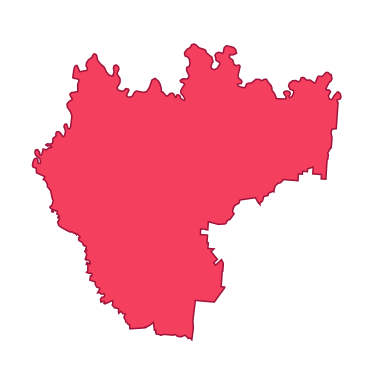 the district of Albury, New South Wales, Australia, rotated 175°
{"feature_id": "25037944B24790092852260", "entity_name": "Albury", "entity_type": "district", "adm_level": 2, "iso_a3": "AUS", "parent_name": "Australia", "parent_adm1": "New South Wales", "projection": "equal_earth", "projection_center": [146.995, -36.015], "detail": "fine", "context": "isolated", "style": "filled", "palette": "rose", "viewbox_px": 384, "rotation_deg": 175, "n_neighbors": 0, "source": "geoboundaries", "source_scale": "gbopen_adm2", "svg_char_len": 6036}
<svg xmlns="http://www.w3.org/2000/svg" viewBox="0 0 384 384"><g transform="rotate(175 192 192)"><path d="M38.7,268.5L39.5,269.1L39.4,271.1L36.2,271.8L35.3,273.5L35.8,277.0L37.6,279.0L38.5,278.9L42.0,275.6L44.5,272.0L46.5,272.2L47.4,273.5L47.7,276.0L45.3,279.6L46.0,281.2L47.4,282.0L49.1,281.8L49.6,283.2L46.1,288.9L43.9,290.4L42.7,292.6L43.1,296.8L43.9,297.0L46.2,299.3L48.1,299.4L52.1,295.7L55.7,296.4L56.9,295.5L59.7,289.9L60.7,290.0L64.6,293.3L68.1,293.4L70.7,296.4L73.3,296.3L74.7,293.4L76.0,292.5L79.2,294.1L82.2,294.0L85.4,292.0L86.6,289.2L85.4,285.9L81.9,284.0L82.1,281.7L83.9,278.7L85.4,277.7L86.7,277.8L86.9,279.0L85.5,281.5L85.9,283.1L87.9,284.3L90.5,284.3L91.8,283.5L92.0,282.4L89.9,278.5L90.7,276.5L99.6,277.6L101.0,282.4L103.6,286.9L103.3,288.7L103.9,291.1L106.3,294.3L108.0,297.8L110.3,298.0L112.4,296.8L115.6,298.4L118.5,298.7L123.4,295.4L126.5,295.5L128.3,294.8L129.6,292.1L130.6,291.3L135.0,292.5L137.0,294.1L137.4,295.1L137.0,295.7L133.8,295.7L132.7,297.0L132.9,298.8L135.4,301.1L136.1,303.8L133.1,313.1L134.0,314.4L137.0,314.0L139.0,315.3L139.9,319.9L143.1,322.7L142.4,325.2L138.9,325.1L135.5,326.3L136.1,330.0L138.0,332.4L144.0,334.5L145.5,334.5L147.5,332.7L148.7,328.2L149.3,327.5L153.2,328.9L155.9,328.1L157.3,325.9L156.5,322.9L156.8,321.9L156.3,320.8L153.4,318.7L153.0,317.2L155.9,313.3L158.9,311.9L161.2,312.9L162.3,314.5L161.0,318.5L159.7,319.7L160.4,324.5L165.5,329.3L166.0,331.7L166.8,332.7L172.5,335.1L175.5,338.5L177.5,339.3L179.7,338.6L181.0,336.2L184.3,334.7L187.2,331.7L187.4,329.7L186.8,327.9L185.0,327.2L183.6,325.9L182.9,323.0L182.8,320.4L183.5,317.7L186.3,316.6L186.7,315.7L186.7,313.3L184.8,307.9L185.4,306.5L186.9,305.0L191.4,305.6L194.0,304.2L193.6,302.5L191.1,301.5L190.0,299.6L192.4,297.0L194.5,293.5L194.3,291.0L192.5,288.9L191.1,285.6L191.4,284.2L192.4,284.1L194.9,286.0L195.7,289.0L197.5,290.2L198.7,289.9L199.5,287.9L200.2,287.6L201.7,291.2L202.8,292.2L205.2,292.1L208.0,289.8L209.3,289.9L212.4,294.2L213.6,294.4L213.7,298.6L214.5,302.6L215.7,305.3L218.9,308.5L222.1,307.1L225.2,300.2L227.4,297.1L229.0,295.8L232.0,295.5L238.7,297.5L240.7,296.3L243.1,292.7L245.2,292.0L247.0,292.1L248.0,292.6L248.7,294.3L246.2,298.4L246.1,299.5L246.5,300.1L248.8,300.8L251.5,298.6L252.5,298.4L256.1,299.6L257.4,301.1L257.4,302.8L254.7,306.3L253.9,308.6L253.9,311.5L256.2,315.9L256.0,317.3L254.1,320.7L254.3,322.9L256.3,325.2L258.6,324.6L259.5,322.1L259.1,318.0L260.8,315.0L260.5,314.7L261.9,314.6L264.6,315.8L266.8,319.1L268.5,323.9L272.4,328.0L274.5,331.3L275.2,336.8L277.1,338.2L278.3,337.7L280.1,334.8L283.8,332.5L285.8,330.0L286.6,327.0L285.3,323.9L286.1,322.3L293.3,321.6L295.4,327.9L296.5,328.2L297.9,327.2L299.2,323.6L300.8,316.4L300.3,315.8L295.4,314.3L294.7,313.3L296.5,309.1L297.1,301.9L303.1,301.5L304.8,300.7L305.1,299.0L303.1,294.8L307.1,292.5L308.9,290.5L308.8,287.3L306.1,282.6L305.0,278.2L307.5,266.7L308.7,265.6L309.9,265.9L310.9,270.5L311.6,270.8L313.0,270.3L313.9,268.3L312.8,264.5L312.9,262.7L314.2,259.2L315.2,258.4L315.8,258.5L318.3,262.8L319.7,263.7L321.5,263.7L322.5,262.3L322.5,260.5L323.1,259.0L325.1,258.2L326.0,257.0L326.3,253.8L326.8,252.8L328.8,252.1L332.0,252.6L333.6,251.7L332.2,250.4L328.5,250.4L327.9,249.6L328.1,248.7L330.8,248.4L333.2,246.7L336.6,247.8L338.1,243.0L339.0,242.0L339.8,241.9L340.4,242.6L340.4,244.5L341.5,247.0L342.9,247.9L344.3,247.3L345.0,245.6L344.8,243.1L343.5,241.0L340.6,238.5L340.3,234.2L340.8,233.6L342.6,233.9L342.9,238.0L343.8,239.0L345.2,239.1L346.3,238.5L347.7,235.9L348.7,232.3L348.1,230.6L345.1,229.3L345.3,224.7L337.4,220.2L337.4,219.1L338.9,218.1L339.1,217.4L337.7,216.7L336.4,214.8L335.5,212.5L335.6,209.9L332.8,205.8L331.7,197.2L330.9,195.6L332.9,190.5L334.5,190.1L334.9,188.8L332.7,186.7L333.5,184.6L331.9,184.2L332.2,185.6L331.4,186.3L329.5,185.0L328.5,185.2L327.8,184.0L328.6,181.9L327.2,181.0L326.1,179.4L326.4,178.7L327.7,178.9L327.9,178.5L327.8,177.9L326.7,177.8L326.5,176.4L328.5,173.8L327.7,170.5L325.4,168.2L317.9,163.2L317.0,163.2L316.6,162.6L314.9,162.8L313.2,161.1L311.9,161.3L310.9,159.4L310.5,160.0L309.4,159.9L307.4,156.9L309.0,156.2L308.8,155.0L309.1,154.5L308.7,153.4L306.0,151.5L304.8,149.8L305.2,149.0L304.0,147.6L302.9,147.8L302.3,147.3L302.1,145.4L302.9,144.5L302.0,143.2L303.8,142.7L304.0,142.0L303.3,142.0L302.3,138.6L304.2,134.5L303.2,133.2L302.5,133.9L300.2,132.4L299.6,129.6L300.0,129.1L302.4,130.9L303.0,130.7L303.6,129.2L302.5,129.2L302.0,126.7L302.5,125.5L302.6,122.5L304.1,121.1L302.0,120.1L299.0,119.7L298.8,117.8L299.2,117.2L300.5,117.3L301.4,113.1L296.2,110.8L296.4,108.4L295.3,105.6L292.4,104.3L292.5,103.2L294.8,99.8L293.3,100.0L291.3,98.2L288.9,98.1L287.9,97.4L288.7,95.1L290.7,95.1L292.5,93.3L292.4,90.3L289.1,90.7L288.8,89.8L289.4,88.6L288.4,88.1L280.6,90.8L280.5,88.1L281.4,86.3L279.0,83.2L276.6,82.8L275.5,82.0L275.6,77.6L273.2,79.3L271.6,76.9L269.1,76.3L270.8,73.1L269.6,70.6L269.3,68.5L266.6,65.3L265.8,65.1L265.8,61.1L252.4,60.8L250.8,61.5L250.5,60.7L245.4,63.1L241.9,65.5L241.5,57.5L240.0,57.5L240.5,55.0L239.9,53.5L238.4,53.5L235.5,52.0L232.2,52.6L223.2,51.0L221.1,51.6L219.5,49.8L215.7,48.6L211.6,50.0L209.4,47.9L208.7,46.5L206.5,46.7L205.1,44.7L202.5,56.3L202.3,64.0L198.1,83.7L179.4,80.4L167.8,93.8L167.7,94.5L171.2,95.1L168.8,110.5L168.2,110.5L167.0,118.1L168.4,122.1L174.8,117.1L176.5,119.5L172.6,122.7L178.2,131.0L175.1,133.4L181.1,134.4L180.2,139.9L181.5,140.1L180.3,147.7L187.4,148.9L186.6,154.2L182.8,154.1L181.6,153.2L179.5,152.9L178.4,161.0L168.8,157.5L162.1,157.3L160.9,157.8L159.0,160.8L156.6,161.3L151.9,166.6L153.3,168.4L152.7,171.2L150.8,174.7L146.2,176.8L144.9,179.9L129.4,180.8L126.8,175.4L125.4,173.6L125.4,174.9L122.5,177.0L120.9,181.3L116.5,181.9L116.0,184.1L111.7,185.5L110.3,185.0L110.0,187.2L108.4,191.1L105.5,193.1L102.9,193.6L100.2,195.9L100.3,196.5L85.4,194.0L84.4,200.7L80.5,200.1L80.1,203.0L75.3,202.2L74.9,204.8L73.1,205.4L69.1,206.2L70.1,199.5L61.5,198.1L62.2,193.8L57.5,193.1L54.7,212.1L54.0,212.6L52.8,217.2L53.6,218.8L49.8,224.1L49.4,224.0L47.8,233.8L48.4,239.1L47.1,242.4L42.8,242.5L38.7,268.5Z" fill="#f43f5e" stroke="#9f1239" stroke-width="1.5"/></g></svg>